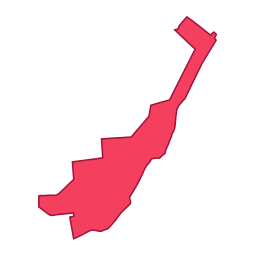 Kupravas pag., Vilakas, Latvia, rotated 177°
{"feature_id": "27541924B19263065695150", "entity_name": "Kupravas pag.", "entity_type": "district", "adm_level": 2, "iso_a3": "LVA", "parent_name": "Latvia", "parent_adm1": "Vilakas", "projection": "mercator", "projection_center": [27.487, 57.225], "detail": "fine", "context": "isolated", "style": "filled", "palette": "rose", "viewbox_px": 256, "rotation_deg": 177, "n_neighbors": 0, "source": "geoboundaries", "source_scale": "gbopen_adm2", "svg_char_len": 3218}
<svg xmlns="http://www.w3.org/2000/svg" viewBox="0 0 256 256"><g transform="rotate(177 128 128)"><path d="M69.7,154.2L69.3,154.9L67.5,158.1L59.6,172.5L50.8,188.4L36.8,209.0L35.4,211.0L36.5,212.9L36.9,213.6L34.8,216.7L35.1,217.1L37.2,219.3L38.5,218.4L40.2,216.8L40.2,216.7L40.3,216.7L40.5,216.5L40.6,216.4L49.6,224.3L58.6,232.1L61.0,234.0L63.4,235.9L67.4,231.8L71.3,227.7L71.5,227.3L71.7,227.0L73.1,224.2L76.2,223.6L66.8,213.6L56.8,203.2L59.6,198.4L62.4,193.5L66.4,186.5L70.4,179.6L74.3,172.7L78.2,165.9L81.6,159.9L85.0,153.9L85.3,153.8L92.6,152.2L99.9,150.5L101.9,150.0L104.0,149.5L105.2,144.1L106.4,138.7L112.1,132.7L117.9,126.6L121.6,122.7L125.3,118.8L130.5,118.8L135.8,118.7L139.0,118.7L142.2,118.7L148.6,118.6L155.0,118.5L154.9,109.0L154.8,99.5L161.7,98.9L168.7,98.4L176.4,97.8L184.1,97.2L184.7,97.1L185.3,97.1L185.1,88.2L184.9,79.4L187.4,77.3L189.5,75.6L191.5,73.8L192.9,72.6L194.2,71.4L197.3,68.8L200.3,66.2L200.9,65.8L201.4,65.5L202.1,65.2L202.9,64.9L203.1,64.8L203.3,64.7L204.0,64.7L204.7,64.6L207.2,64.8L209.7,65.0L211.9,65.0L214.1,64.9L216.9,65.0L219.7,65.1L220.2,65.0L220.6,64.9L220.9,60.1L221.1,55.3L221.1,54.7L221.2,54.1L221.2,53.9L220.9,53.6L220.6,53.4L219.7,52.6L218.8,51.9L218.3,51.4L217.8,51.0L216.6,50.0L215.4,49.0L214.7,48.4L214.0,47.8L213.2,47.1L212.4,46.4L212.1,46.2L211.8,46.0L211.5,45.8L211.3,45.6L211.0,45.4L210.7,45.3L210.4,45.1L210.1,45.0L209.8,44.9L209.5,44.8L209.4,44.8L209.2,44.7L207.9,44.7L204.6,45.0L203.2,45.2L194.1,45.6L187.0,46.0L186.8,45.1L186.7,42.8L190.8,42.0L188.1,20.5L188.0,20.2L181.2,23.0L173.5,26.5L171.1,27.6L170.0,27.9L169.1,28.0L168.4,27.9L166.9,27.6L165.0,27.2L162.5,26.5L161.9,26.4L161.3,26.3L160.8,26.3L160.3,26.3L159.6,26.5L158.9,26.7L157.5,27.2L156.3,27.7L155.2,27.9L154.1,28.1L153.6,28.4L153.2,28.6L152.8,29.0L152.3,29.4L150.2,31.4L149.6,32.1L149.0,32.7L148.4,33.3L147.9,34.0L147.3,34.6L146.6,35.1L146.2,35.5L145.9,35.9L145.1,36.8L144.4,37.7L144.1,38.1L143.8,38.5L143.4,38.9L143.1,39.3L142.1,40.5L141.1,41.7L140.0,42.9L138.8,44.2L136.0,46.7L133.2,49.1L131.8,50.3L130.4,51.6L130.0,52.2L129.6,52.8L129.4,53.2L129.3,53.7L129.3,53.9L129.3,54.2L129.4,54.7L129.5,55.2L129.9,57.0L130.0,57.8L130.0,58.5L129.8,59.0L129.4,59.8L126.1,64.5L122.2,70.4L119.7,74.5L117.4,78.9L114.8,83.6L113.6,86.1L112.2,88.3L112.0,88.6L111.8,88.9L111.3,89.4L110.9,90.0L108.7,92.2L107.5,93.6L107.2,94.1L106.9,94.6L106.6,95.2L106.4,95.6L106.2,95.8L105.7,96.0L103.7,96.3L102.4,96.4L101.3,96.5L100.7,96.5L99.9,96.4L99.2,96.3L99.0,96.2L98.9,96.2L98.7,96.1L98.3,96.4L98.1,96.5L97.9,96.5L97.6,96.6L97.4,96.7L96.2,97.9L95.6,98.4L95.1,98.7L94.8,98.9L94.3,99.3L93.2,100.2L92.4,100.7L92.3,100.9L92.2,101.2L92.0,101.7L91.7,103.0L91.3,104.1L90.9,105.0L90.5,105.9L88.5,109.8L88.2,110.2L88.1,110.6L86.9,113.6L85.8,115.8L85.2,116.9L85.0,117.4L84.8,118.2L84.5,119.2L84.4,119.6L83.0,121.8L82.7,122.2L82.3,123.3L81.8,124.6L81.4,125.4L81.3,126.2L81.1,126.9L80.8,128.2L80.6,129.8L80.2,132.5L79.7,136.4L79.5,137.6L79.2,138.7L79.0,139.6L78.7,141.4L78.6,142.6L78.5,143.2L78.2,143.7L77.8,144.8L77.5,145.3L77.1,145.8L76.9,146.3L76.7,146.7L76.6,147.1L76.4,147.4L76.2,147.7L75.3,148.5L74.1,149.9L73.2,150.8L72.1,152.0L71.1,153.0L70.4,153.7L69.9,154.1L69.7,154.2Z" fill="#f43f5e" stroke="#9f1239" stroke-width="1.5"/></g></svg>